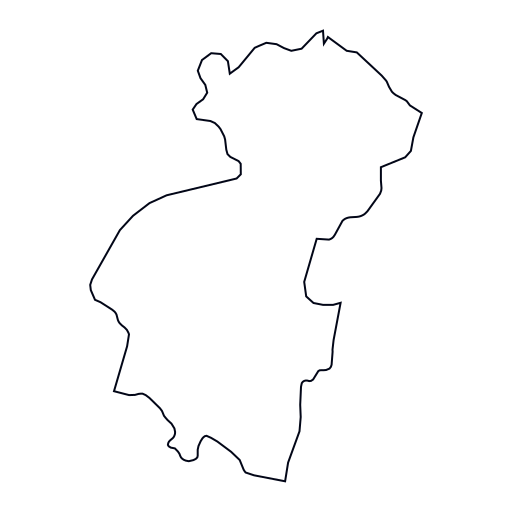 the Department of Santa Ana
{"feature_id": "SLV-1358", "entity_name": "Santa Ana", "entity_type": "Department", "adm_level": 1, "iso_a3": "SLV", "parent_name": "El Salvador", "parent_adm1": "", "projection": "orthographic", "projection_center": [-89.512, 14.11], "detail": "fine", "context": "isolated", "style": "outline", "palette": "ink", "viewbox_px": 512, "rotation_deg": 0, "n_neighbors": 0, "source": "natural_earth", "source_scale": "10m", "svg_char_len": 2357}
<svg xmlns="http://www.w3.org/2000/svg" viewBox="0 0 512 512"><path d="M95.0,299.8L90.8,290.1L90.2,284.9L92.0,279.4L119.9,230.1L133.0,215.8L149.5,203.1L166.6,195.3L236.6,178.5L240.8,174.3L240.7,163.8L238.6,161.1L230.3,156.9L227.5,154.1L226.3,149.7L225.1,139.5L224.2,136.3L220.5,129.1L218.6,126.6L214.8,123.0L210.3,121.0L196.7,119.1L192.7,109.6L196.5,104.0L203.1,99.3L207.2,92.7L205.3,84.9L200.5,78.2L197.8,70.7L202.0,60.0L211.2,53.2L220.8,54.0L227.9,61.2L229.8,73.7L238.7,67.2L254.7,47.8L259.2,45.8L266.3,42.8L276.6,44.2L284.0,48.1L291.3,50.8L301.6,48.7L316.4,33.3L323.0,30.7L323.9,43.7L327.2,38.6L327.9,37.0L346.7,50.8L346.8,50.8L356.8,52.4L381.7,75.6L386.0,80.5L386.8,81.7L389.0,86.8L391.9,91.7L393.4,93.2L395.7,95.0L405.3,100.1L406.8,101.2L409.9,105.4L421.8,113.0L413.4,137.3L410.9,150.9L405.2,157.3L380.9,167.2L380.9,180.6L381.5,188.1L381.2,190.6L380.0,193.8L367.4,211.3L365.1,213.6L363.8,214.6L362.3,215.4L360.7,216.1L358.9,216.6L356.9,216.9L350.2,217.3L348.4,217.6L346.7,218.1L345.1,218.8L343.8,219.7L342.5,220.8L334.9,234.7L333.4,236.9L332.1,238.1L330.6,239.0L329.0,239.6L316.7,238.8L304.2,281.9L306.2,296.4L313.5,303.0L323.2,304.9L333.0,304.9L340.6,302.8L333.6,340.0L332.5,349.7L332.6,351.8L331.6,364.7L330.9,366.8L329.5,368.6L326.1,370.0L323.7,370.2L321.5,370.2L319.7,370.3L318.3,371.1L313.1,379.5L311.0,380.9L309.2,381.1L307.5,380.6L305.8,380.5L304.2,380.9L302.8,381.8L301.8,383.1L301.0,386.8L300.2,404.8L300.7,417.0L299.5,431.3L288.1,462.6L285.1,481.3L254.0,475.3L245.6,472.5L244.6,471.2L243.7,469.8L239.7,460.0L231.1,451.8L217.3,441.5L211.0,437.8L206.5,435.8L204.8,436.2L203.5,437.2L202.4,438.4L200.6,441.3L198.5,446.0L197.7,449.7L197.7,455.7L197.3,457.4L195.8,458.9L193.4,460.1L188.8,461.2L185.7,460.6L183.6,459.7L182.1,458.6L181.0,457.4L180.2,455.8L179.4,453.7L177.9,451.5L174.9,448.4L170.8,447.6L168.7,446.3L167.9,444.9L168.2,443.2L168.9,441.7L170.1,440.4L172.6,438.3L173.6,437.2L174.4,435.7L175.0,433.8L175.1,431.9L174.4,428.4L171.5,423.7L167.5,420.0L165.5,417.7L164.0,415.8L162.0,411.0L160.0,408.3L149.4,397.9L145.7,395.1L142.6,393.7L140.5,393.7L138.6,393.9L135.0,394.9L129.1,395.1L114.0,391.2L127.1,346.3L129.0,334.3L128.4,332.7L127.0,330.1L126.9,329.9L124.6,327.5L121.9,325.4L119.6,323.1L118.6,321.6L117.9,320.0L116.5,314.6L115.7,313.1L114.6,311.7L112.2,309.7L100.5,302.2L95.0,299.8Z" fill="none" stroke="#020617" stroke-width="2"/></svg>